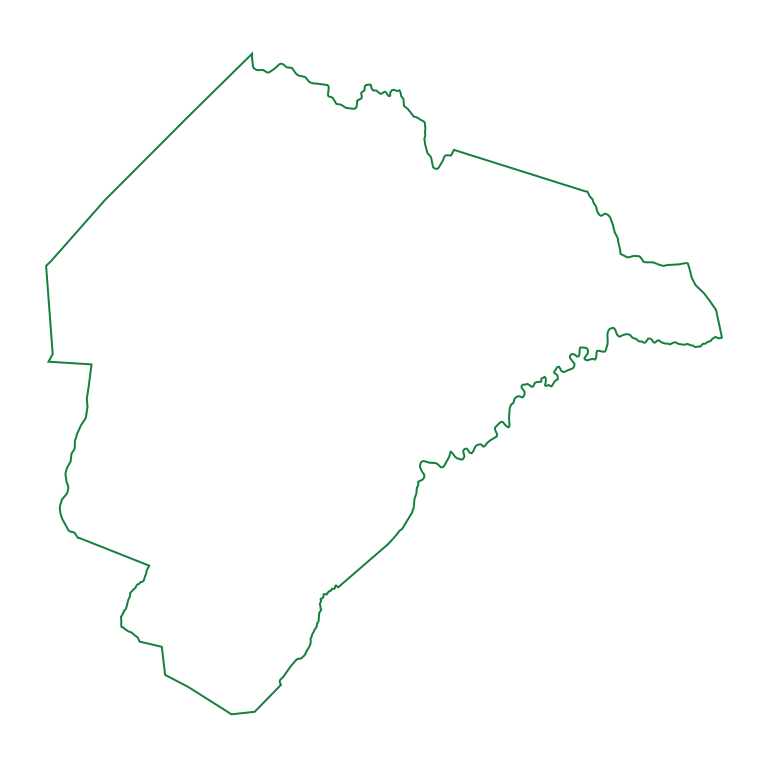 Teupasenti, El Paraíso, Honduras (Equal Earth projection)
{"feature_id": "27666195B60931351506454", "entity_name": "Teupasenti", "entity_type": "district", "adm_level": 2, "iso_a3": "HND", "parent_name": "Honduras", "parent_adm1": "El Paraíso", "projection": "equal_earth", "projection_center": [-86.613, 14.281], "detail": "fine", "context": "isolated", "style": "outline", "palette": "green", "viewbox_px": 768, "rotation_deg": 0, "n_neighbors": 0, "source": "geoboundaries", "source_scale": "gbopen_adm2", "svg_char_len": 6021}
<svg xmlns="http://www.w3.org/2000/svg" viewBox="0 0 768 768"><path d="M721.9,337.3L716.1,310.1L709.6,300.6L704.2,293.5L695.4,285.0L691.6,277.4L689.8,269.9L687.9,263.6L686.2,263.0L678.6,264.4L667.6,265.0L663.7,265.9L659.9,265.0L653.0,262.3L646.0,262.3L643.4,261.7L641.7,258.9L639.5,256.3L634.4,255.9L632.9,256.1L629.8,257.1L627.3,257.3L620.5,253.9L620.0,249.0L618.6,243.6L617.8,238.5L614.6,231.9L612.9,224.9L610.2,217.4L608.4,215.2L606.1,213.9L604.6,213.9L601.3,215.8L600.3,215.5L599.1,214.6L597.0,210.9L596.2,206.8L593.4,202.5L592.5,199.3L589.7,196.3L588.0,192.7L587.1,191.4L585.8,191.5L454.0,149.9L451.1,155.4L446.2,155.3L445.1,155.8L444.0,157.5L443.0,160.4L438.6,167.8L437.2,168.9L435.1,168.6L433.6,167.7L433.0,166.9L431.2,157.9L430.6,156.6L427.5,153.2L425.0,143.9L424.4,138.7L425.3,135.1L425.0,132.1L425.4,128.5L424.7,122.4L423.6,121.3L420.1,119.5L417.5,117.7L415.9,117.0L413.9,116.7L407.8,108.9L404.0,106.0L403.4,99.2L403.0,98.3L401.2,96.2L400.4,92.0L399.5,90.4L397.0,91.0L393.7,89.8L392.1,90.1L390.5,91.9L390.2,93.3L390.2,95.7L389.3,96.2L388.2,95.6L386.3,92.8L385.3,91.8L384.3,91.9L381.9,93.5L380.7,93.8L379.7,93.4L376.5,90.6L373.0,90.3L371.9,88.9L370.6,84.7L369.0,84.6L366.1,85.1L365.4,85.5L365.0,86.2L364.4,90.4L361.9,92.2L361.2,93.0L361.8,96.7L361.5,98.1L360.9,98.7L357.3,100.5L356.7,106.2L356.1,107.7L354.8,108.6L353.5,108.8L346.0,107.9L341.1,104.7L336.4,103.9L332.6,97.7L328.5,96.3L328.1,95.4L328.0,94.2L328.8,87.7L328.4,86.3L327.6,85.1L318.5,83.8L313.5,83.4L310.3,82.5L309.0,81.6L305.9,77.8L304.8,76.9L299.4,75.8L297.0,74.6L295.2,72.7L292.6,68.8L291.7,67.9L286.9,67.4L282.6,64.0L280.9,63.7L279.5,64.2L274.8,68.5L270.3,71.6L268.5,72.6L267.1,72.4L262.8,69.9L258.3,70.2L256.6,69.9L255.3,69.3L253.8,68.1L253.0,66.7L252.1,58.3L252.1,53.7L187.7,117.1L104.8,200.2L51.3,260.8L46.1,265.9L52.7,354.0L48.5,361.7L91.5,364.4L88.8,385.7L86.8,399.0L87.5,406.7L86.0,417.0L85.2,419.0L81.1,425.0L76.6,435.0L76.3,437.1L74.9,440.7L74.8,447.2L74.5,449.2L71.5,453.7L70.6,461.5L67.1,467.8L65.6,472.7L65.5,475.3L66.2,479.0L66.4,481.4L68.1,485.9L68.3,488.6L67.8,490.9L66.8,493.8L62.0,499.4L59.9,506.2L59.9,509.0L60.5,513.7L62.3,519.0L68.4,530.2L70.4,531.7L73.0,532.1L74.8,533.1L77.4,537.2L78.1,537.9L79.6,538.1L149.2,565.7L146.6,570.7L146.1,574.0L145.3,575.5L143.7,580.7L142.3,581.7L140.4,582.2L139.2,583.8L137.2,584.6L136.3,585.9L135.7,587.5L133.4,589.6L130.2,593.0L129.9,596.6L128.4,599.5L126.1,608.5L125.6,609.4L124.0,610.6L123.9,611.8L122.6,614.0L122.1,615.5L121.0,616.6L121.3,620.9L121.3,625.6L121.5,626.9L122.1,627.3L123.2,627.3L124.2,628.6L128.4,631.4L131.6,632.5L134.9,635.5L137.2,637.0L138.0,638.0L139.5,641.6L161.8,646.8L165.1,674.9L187.8,686.7L231.5,714.3L254.7,711.8L281.0,684.8L280.4,683.8L279.8,681.9L279.8,680.7L280.3,679.8L283.5,676.6L290.2,666.9L295.5,660.6L297.5,659.0L301.2,658.4L304.5,655.3L305.4,654.1L305.8,652.6L309.6,646.2L310.6,643.4L310.7,638.0L311.6,636.9L312.1,634.5L313.6,632.1L314.7,629.4L315.5,628.6L315.9,627.6L316.6,626.8L317.2,623.4L318.6,621.1L319.2,613.1L321.3,609.7L320.6,608.4L320.4,606.2L319.8,604.3L321.0,601.2L320.6,599.1L321.1,598.6L322.5,598.3L322.9,597.9L323.5,596.4L323.5,595.1L323.9,594.1L326.8,594.4L327.5,592.8L328.4,592.3L328.6,591.6L330.9,590.6L331.9,588.8L333.9,588.9L334.7,588.3L335.0,587.7L335.2,586.3L335.8,585.5L336.2,585.5L336.9,586.4L338.2,587.3L388.4,543.8L394.8,536.8L399.7,530.6L402.1,529.0L412.2,512.3L412.7,510.0L413.4,509.0L413.8,506.7L414.5,498.6L416.3,493.9L416.9,487.8L418.3,485.0L418.2,481.7L422.7,479.6L423.7,478.3L424.2,476.9L424.4,475.8L424.2,474.7L421.7,471.1L420.0,466.9L420.3,464.0L421.1,462.3L421.7,461.7L423.6,461.0L429.5,462.7L435.6,463.0L437.6,464.1L440.8,467.2L442.6,467.2L443.4,466.7L444.3,465.6L449.0,457.3L450.6,451.7L451.7,452.3L454.7,456.3L456.4,457.9L459.7,459.2L462.2,459.6L463.0,459.0L464.2,457.2L464.3,455.5L463.5,452.9L463.2,451.3L463.7,450.0L464.7,449.0L466.0,448.6L466.9,448.8L467.8,449.7L469.4,452.4L471.4,453.2L472.3,452.6L473.3,451.1L475.2,446.8L476.9,445.2L478.8,444.5L480.7,444.3L481.5,444.7L483.2,446.6L484.4,446.4L487.4,442.7L490.8,440.0L496.7,436.5L497.0,435.3L496.9,433.8L495.2,430.1L494.9,428.4L495.4,427.2L499.8,422.7L501.4,421.9L502.6,422.0L505.7,425.4L507.3,426.7L508.5,427.3L509.2,426.7L509.5,424.9L509.0,418.0L509.6,409.4L510.1,407.1L511.2,404.5L513.4,403.0L514.4,399.2L515.7,397.4L517.1,396.6L518.9,396.2L522.4,397.4L523.7,396.3L524.4,394.5L524.6,392.4L524.3,391.3L521.6,387.8L521.5,386.4L522.3,385.0L523.4,384.6L525.3,384.6L527.4,383.9L529.3,385.0L531.2,386.6L532.6,386.7L533.6,385.7L534.7,383.3L535.2,382.7L536.7,382.1L541.0,381.7L541.4,381.0L541.3,378.8L544.6,376.9L545.5,377.7L545.9,379.4L545.7,381.9L545.1,385.4L546.5,385.9L548.6,385.0L551.1,386.4L551.7,386.3L554.6,381.5L555.7,380.4L557.8,379.3L557.7,376.4L557.2,375.0L554.4,372.9L554.0,372.2L557.1,367.4L557.7,366.9L559.2,366.9L561.5,371.1L562.6,371.7L564.3,372.0L568.2,370.1L572.0,368.7L573.3,367.8L574.3,366.1L574.5,363.9L570.3,358.4L569.9,357.1L570.1,355.9L571.0,354.5L572.1,353.9L575.1,354.8L576.8,356.5L578.6,356.3L579.4,354.6L579.8,348.6L580.5,347.5L585.5,347.7L586.9,348.4L587.7,349.6L588.1,351.6L587.6,353.6L584.4,358.1L584.5,358.7L585.1,359.5L587.2,360.4L592.1,358.9L593.6,359.0L594.4,359.6L595.1,359.4L596.1,357.9L596.7,352.0L597.1,351.0L598.3,350.7L603.8,351.8L605.0,351.4L605.7,350.4L607.5,344.3L607.7,341.7L607.4,335.2L607.8,332.3L608.7,330.1L610.1,328.7L613.1,327.8L614.1,328.3L615.3,329.9L616.7,333.9L617.9,335.6L619.1,336.5L619.9,336.6L622.7,335.2L626.1,334.2L627.8,334.2L630.1,335.0L632.1,337.4L633.8,338.3L635.8,338.7L639.0,341.4L641.8,341.5L644.1,342.8L644.9,342.7L645.7,342.2L648.2,338.6L649.1,338.5L650.4,338.7L651.9,339.6L653.0,341.7L654.3,342.7L655.3,342.4L657.2,340.7L658.8,340.3L661.9,342.5L664.4,343.4L668.6,343.8L670.0,344.4L673.3,342.6L675.2,342.3L676.7,342.8L678.0,343.8L682.7,344.6L684.5,344.7L687.6,343.9L690.2,345.2L692.9,345.6L695.4,347.1L697.6,346.6L700.3,346.6L702.9,343.8L705.4,343.7L706.8,342.4L710.7,340.9L712.3,338.9L714.9,337.2L715.9,337.1L718.5,338.3L721.4,337.9L721.9,337.3Z" fill="none" stroke="#15803d" stroke-width="2"/></svg>